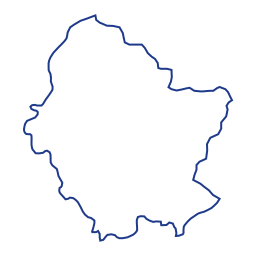 Dubrowna, Vitebsk, Belarus
{"feature_id": "67162791B1773631612848", "entity_name": "Dubrowna", "entity_type": "district", "adm_level": 2, "iso_a3": "BLR", "parent_name": "Belarus", "parent_adm1": "Vitebsk", "projection": "mercator", "projection_center": [30.836, 54.609], "detail": "fine", "context": "isolated", "style": "outline", "palette": "blue", "viewbox_px": 256, "rotation_deg": 0, "n_neighbors": 0, "source": "geoboundaries", "source_scale": "gbopen_adm2", "svg_char_len": 2539}
<svg xmlns="http://www.w3.org/2000/svg" viewBox="0 0 256 256"><path d="M219.6,198.8L216.9,197.2L213.0,195.0L208.9,190.3L204.2,186.8L200.4,183.7L196.8,181.8L193.2,179.9L194.6,174.7L196.5,169.7L196.5,165.0L199.5,161.7L206.1,158.7L207.2,150.5L207.0,144.1L210.3,137.8L218.2,134.2L221.2,128.7L221.2,122.4L226.2,116.4L227.6,109.5L226.5,105.9L228.7,102.4L232.0,100.2L230.0,96.3L228.1,92.2L225.4,89.2L219.6,87.0L217.1,88.1L213.3,90.8L210.0,90.8L202.8,91.4L200.6,91.4L194.3,90.8L191.8,89.2L189.6,87.8L186.6,88.3L182.2,89.4L176.7,90.5L171.5,89.2L168.5,87.2L170.9,81.7L171.8,77.1L171.5,69.9L167.1,68.8L161.0,68.8L158.3,68.0L157.7,63.0L155.0,58.9L151.7,56.7L147.8,53.1L144.8,47.9L141.8,44.6L134.4,44.6L129.4,44.6L124.8,42.4L123.7,37.7L122.8,33.1L119.5,27.3L112.9,25.9L106.9,25.7L99.7,22.6L96.2,19.9L95.4,15.4L86.3,18.8L80.5,20.8L74.1,24.6L70.2,27.3L67.7,32.4L67.1,35.9L66.5,38.4L64.6,41.0L61.9,43.9L58.3,47.5L53.6,52.5L50.5,57.3L49.3,60.1L48.6,63.1L48.6,66.7L48.7,70.3L50.5,74.1L51.0,78.1L50.8,81.1L51.6,83.8L52.6,86.6L52.5,89.7L51.4,91.5L49.2,94.8L47.6,97.0L45.8,99.4L43.1,103.9L41.5,105.5L37.0,105.5L35.1,104.9L33.0,105.0L31.6,105.5L30.4,106.7L31.4,108.9L33.9,110.2L36.6,110.8L37.8,112.1L37.6,114.5L35.2,117.5L32.0,118.8L27.0,120.9L25.1,123.9L24.5,126.3L24.0,128.9L24.1,130.7L24.8,132.6L26.3,134.0L28.4,134.2L30.1,134.2L31.4,135.3L31.6,137.8L31.5,142.2L31.5,144.4L31.8,146.8L32.4,149.2L35.6,153.2L39.0,153.4L43.0,152.8L45.3,151.0L47.1,150.7L49.6,152.3L50.5,154.5L50.6,157.2L50.6,159.0L50.7,162.5L52.3,165.3L54.4,167.0L56.8,169.0L57.5,171.4L58.5,176.0L60.0,178.7L62.3,182.7L61.8,185.7L61.1,187.0L59.6,187.9L59.2,190.5L59.7,192.6L60.9,194.1L63.7,197.2L65.5,199.3L68.0,198.8L70.0,197.6L73.4,198.2L76.0,200.2L78.0,202.3L80.7,207.2L82.8,211.5L84.9,214.5L88.1,217.2L90.9,217.9L94.4,220.5L94.4,223.2L93.4,227.4L92.1,231.6L92.3,232.1L96.2,232.1L98.1,231.0L99.7,234.0L99.7,237.6L100.3,240.6L103.3,239.8L106.1,236.2L107.4,234.9L111.3,234.3L114.9,235.1L116.8,237.1L119.3,238.2L122.8,238.2L127.5,237.3L130.0,236.2L133.3,234.6L135.5,232.7L137.1,230.5L137.1,227.2L136.8,223.0L136.8,220.0L137.9,217.0L140.7,216.2L144.3,216.4L146.5,218.9L150.0,220.8L153.3,221.9L156.1,221.4L160.8,221.7L161.3,225.2L162.1,225.2L166.5,225.0L169.3,222.5L172.9,223.6L174.2,226.9L175.6,228.5L176.4,233.2L175.9,236.0L178.9,235.7L182.8,234.3L183.5,233.1L183.5,229.9L183.8,226.7L184.7,225.1L187.9,221.3L190.7,218.6L195.1,215.6L197.9,213.7L200.5,212.7L203.9,211.8L207.0,210.4L211.5,208.0L213.9,205.9L217.0,202.9L219.0,199.8L219.6,198.8Z" fill="none" stroke="#1e3a8a" stroke-width="2"/></svg>